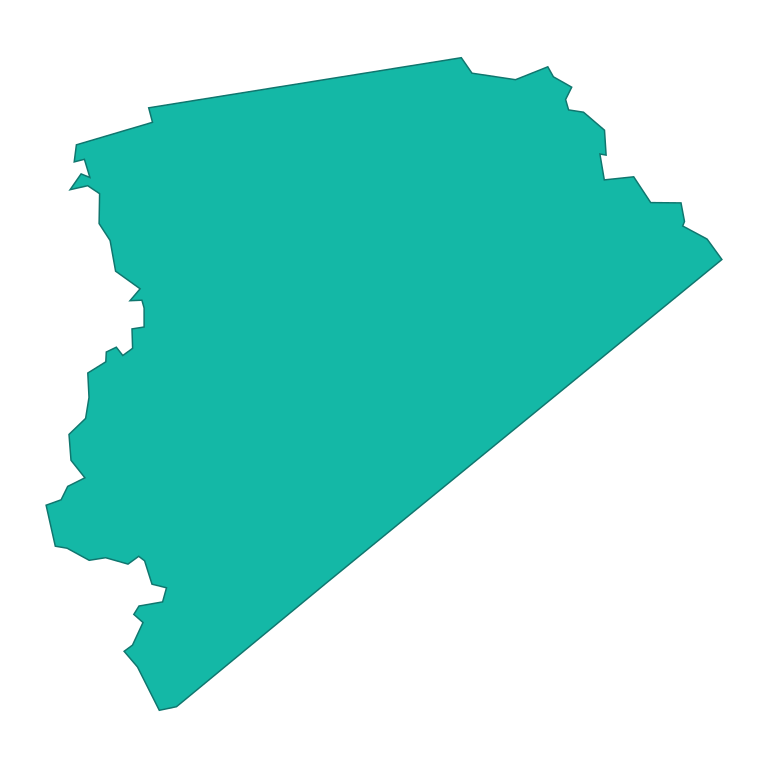 Houston, Texas, United States of America
{"feature_id": "52423323B46548202222593", "entity_name": "Houston", "entity_type": "district", "adm_level": 2, "iso_a3": "USA", "parent_name": "United States of America", "parent_adm1": "Texas", "projection": "robinson", "projection_center": [-95.52, 31.26], "detail": "fine", "context": "isolated", "style": "filled", "palette": "teal", "viewbox_px": 768, "rotation_deg": 0, "n_neighbors": 0, "source": "geoboundaries", "source_scale": "gbopen_adm2", "svg_char_len": 980}
<svg xmlns="http://www.w3.org/2000/svg" viewBox="0 0 768 768"><path d="M721.9,259.5L707.1,239.1L682.7,226.0L684.5,221.5L681.0,202.9L650.7,202.6L633.7,176.8L604.3,179.9L599.9,154.0L606.1,155.1L604.5,130.2L583.5,112.2L568.6,109.9L565.6,99.5L571.7,87.2L553.4,76.8L547.8,66.8L515.5,79.7L472.0,73.2L461.3,57.7L148.7,107.8L152.5,122.3L76.4,144.8L74.2,161.9L84.4,159.3L89.9,177.5L81.1,173.9L70.1,189.7L87.7,185.7L99.6,193.7L99.1,223.6L110.1,240.5L115.6,271.2L140.1,288.8L130.0,300.7L141.9,300.2L144.1,308.0L144.1,327.0L132.0,328.9L132.6,348.3L122.8,355.5L116.3,347.2L106.3,352.0L105.8,361.8L87.8,373.0L89.0,397.4L85.6,418.4L69.0,434.4L71.0,460.3L84.9,477.8L67.7,486.4L61.1,499.8L46.1,505.2L55.3,546.2L67.0,548.2L89.2,560.3L105.6,557.7L128.0,564.1L138.7,556.3L144.6,560.8L152.0,584.2L166.5,587.8L162.6,601.9L139.0,606.0L133.8,614.4L143.0,622.5L132.5,645.1L124.1,651.3L137.5,667.0L159.3,710.3L176.5,706.7L328.0,581.6L721.9,259.5Z" fill="#14b8a6" stroke="#0f766e" stroke-width="1.5"/></svg>